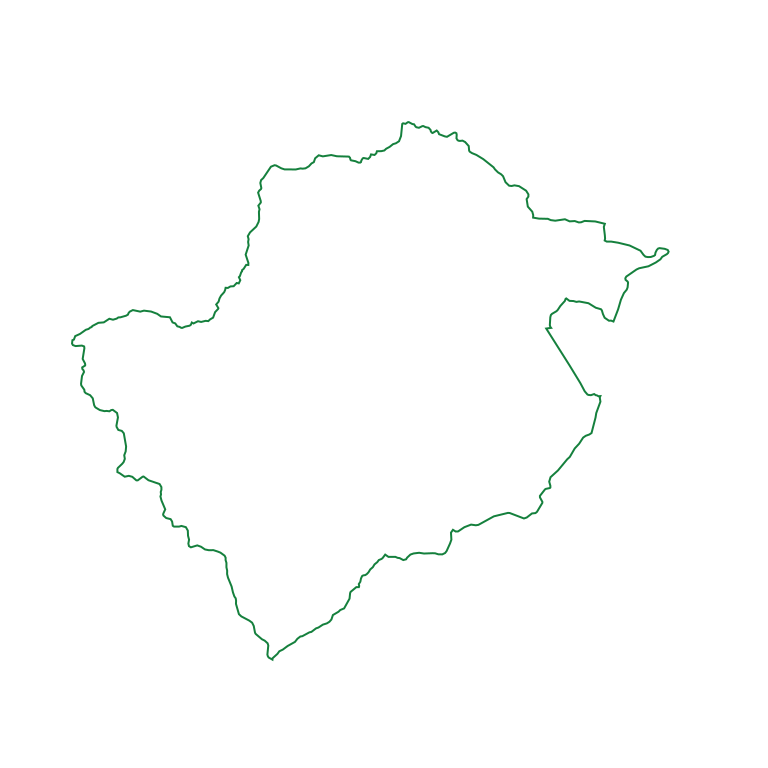 San Marcos, Cajamarca, Peru (Albers equal-area conic projection), rotated 171°
{"feature_id": "86281439B35879365662070", "entity_name": "San Marcos", "entity_type": "district", "adm_level": 2, "iso_a3": "PER", "parent_name": "Peru", "parent_adm1": "Cajamarca", "projection": "albers", "projection_center": [-78.029, -7.273], "detail": "fine", "context": "isolated", "style": "outline", "palette": "green", "viewbox_px": 768, "rotation_deg": 171, "n_neighbors": 0, "source": "geoboundaries", "source_scale": "gbopen_adm2", "svg_char_len": 6152}
<svg xmlns="http://www.w3.org/2000/svg" viewBox="0 0 768 768"><g transform="rotate(171 384 384)"><path d="M537.3,129.2L536.9,130.6L531.5,134.1L529.2,136.4L525.5,137.5L520.2,140.3L512.3,143.2L509.4,145.9L506.1,147.7L504.1,147.7L496.5,150.4L494.5,150.5L489.3,153.3L486.9,153.7L482.0,155.9L477.9,156.5L475.1,157.7L472.8,159.6L470.6,163.8L464.5,166.2L462.6,167.6L458.5,168.6L451.6,177.4L450.2,182.7L449.5,183.9L443.1,187.7L440.6,187.3L440.1,188.4L440.2,190.3L438.3,192.4L437.2,195.4L435.7,197.7L434.5,198.2L432.4,198.2L430.8,198.9L428.8,200.4L426.6,203.0L423.7,204.8L421.6,207.3L418.5,209.1L416.7,210.9L413.8,211.6L412.6,212.3L409.5,215.3L406.7,212.6L399.8,211.5L397.8,210.2L395.8,209.6L392.5,207.1L389.6,207.4L388.3,208.9L384.6,211.4L381.3,212.0L375.7,211.8L371.0,210.3L362.6,209.3L360.0,208.8L357.0,207.3L353.1,206.6L350.1,207.5L348.3,209.2L343.7,216.2L341.8,219.7L341.1,226.7L338.7,229.2L336.3,227.1L333.9,226.8L327.0,230.0L320.0,231.5L315.4,230.1L312.8,230.1L296.2,236.1L281.7,237.3L280.0,236.9L266.8,229.3L263.9,229.8L258.1,233.0L254.6,232.8L252.9,233.8L246.2,241.8L246.0,242.8L247.7,247.6L247.5,249.1L241.5,254.7L240.5,255.1L236.5,255.3L235.9,255.7L235.6,257.4L236.1,261.7L234.1,265.9L225.7,271.4L214.8,281.0L211.9,282.9L205.7,290.5L200.6,294.5L195.7,299.9L192.8,301.3L189.1,302.0L186.7,303.1L180.3,317.8L178.9,322.1L173.0,332.7L173.0,336.8L172.2,338.2L174.0,338.3L175.7,339.6L176.6,339.8L178.0,341.2L181.4,340.6L183.7,341.2L184.7,341.8L186.9,345.4L189.9,354.1L197.9,373.5L215.1,413.4L210.2,413.3L210.8,414.4L211.0,416.2L209.3,423.9L208.4,426.0L207.1,427.0L202.3,428.9L200.9,429.9L197.6,433.5L192.4,437.7L191.3,439.7L190.6,440.0L187.8,437.1L183.9,436.3L181.1,435.0L178.4,435.0L169.4,431.8L162.9,426.2L158.0,423.9L157.3,422.6L156.8,418.8L155.7,414.9L151.9,411.3L149.8,411.1L147.6,409.8L141.1,421.1L136.8,430.2L132.8,436.3L129.5,439.2L128.3,441.3L127.1,445.9L127.3,447.0L129.1,449.1L129.1,450.7L127.9,452.2L116.7,457.6L113.9,458.4L104.4,458.9L96.5,461.5L91.5,463.9L89.3,466.1L84.3,468.0L83.0,468.9L82.2,470.2L82.8,472.0L85.6,473.6L90.6,475.1L92.1,474.9L93.6,473.7L95.3,471.3L96.1,469.0L97.4,468.3L100.7,467.7L103.6,468.1L105.9,468.9L107.5,471.0L109.8,475.5L119.8,482.4L130.6,486.9L137.3,489.1L141.7,489.8L143.6,491.2L142.9,493.0L142.6,496.4L142.3,504.8L140.8,507.7L149.9,511.5L160.4,513.7L164.0,512.9L166.3,513.1L170.1,515.1L175.2,515.6L179.5,518.4L189.3,518.5L193.7,519.8L196.3,521.5L205.1,523.1L210.7,525.0L210.2,527.5L210.6,531.0L214.2,536.7L214.2,544.3L212.1,546.5L211.7,548.7L213.4,552.7L219.7,558.3L224.1,559.8L227.0,559.6L229.4,560.3L232.4,564.3L233.9,570.6L235.5,572.8L238.3,575.2L240.8,578.6L241.9,580.9L250.8,590.6L256.9,595.8L261.0,598.3L263.0,600.1L263.4,601.2L263.1,605.8L266.0,610.3L268.4,612.1L271.0,612.2L272.5,612.7L273.3,613.5L274.0,615.3L273.2,618.8L273.3,620.4L274.4,621.2L275.8,621.2L283.1,618.3L285.1,619.0L290.5,622.1L291.0,624.2L292.3,626.1L296.7,624.3L297.5,624.8L298.2,626.2L298.3,627.7L299.9,630.1L302.8,631.2L304.8,632.6L305.8,632.7L309.4,631.6L311.8,632.5L312.5,633.2L313.7,635.8L315.3,636.3L318.6,638.8L319.6,638.8L322.0,637.6L324.4,638.5L325.3,638.0L328.4,626.2L331.2,621.4L334.6,619.9L337.5,619.5L341.4,617.3L345.1,616.0L347.1,614.6L350.2,614.4L354.6,615.0L355.5,613.1L357.5,611.7L360.9,612.8L362.2,610.4L364.4,608.8L368.7,610.4L369.7,610.2L371.4,608.3L372.0,606.8L372.8,606.4L374.6,606.7L377.3,608.5L381.6,610.1L382.0,610.7L382.2,612.8L383.1,614.1L394.9,616.3L400.3,618.4L408.8,618.4L412.7,620.1L416.7,617.7L418.6,614.1L421.1,613.2L424.1,610.8L427.8,609.3L430.6,609.4L432.8,610.0L437.5,609.7L448.6,611.5L451.7,613.1L456.4,616.7L457.9,617.2L461.7,616.3L471.0,606.3L473.5,604.6L474.7,601.9L474.5,596.7L475.0,595.8L477.0,594.5L478.4,592.7L477.1,583.9L477.3,582.5L480.2,579.8L479.6,576.1L480.6,573.6L481.5,566.5L482.5,563.7L485.5,559.5L492.6,554.7L495.4,551.3L495.1,548.2L496.0,545.5L496.0,542.0L500.4,533.4L499.0,524.8L499.4,522.8L501.5,523.2L504.6,519.7L506.4,518.6L506.6,517.5L507.6,516.6L509.4,513.2L510.6,512.2L509.7,509.0L511.7,506.1L513.7,506.8L517.2,504.1L520.4,504.4L523.2,503.3L525.4,503.8L526.2,501.7L527.5,499.7L531.1,496.8L533.1,494.2L534.5,491.2L537.3,488.8L535.7,484.8L536.1,484.1L539.6,481.4L542.4,476.3L545.7,475.0L547.7,473.6L550.3,474.3L554.9,473.9L557.9,475.1L562.7,473.6L564.2,474.8L565.5,472.7L566.9,472.0L571.2,471.8L574.4,471.0L575.5,471.2L577.0,472.4L579.1,473.3L580.7,476.5L583.2,477.9L585.0,483.4L593.7,485.6L597.0,488.8L602.7,492.0L609.6,494.0L613.4,493.6L620.5,496.3L623.9,495.2L625.4,493.8L626.0,492.6L628.1,491.8L633.9,491.1L636.0,491.3L637.8,490.4L641.6,489.9L645.1,491.4L651.1,488.7L656.5,489.1L663.0,486.9L664.0,485.9L665.1,485.8L667.2,484.6L670.0,484.2L676.5,481.0L681.5,479.6L683.3,476.4L684.9,476.0L685.8,472.7L685.2,471.1L682.7,469.7L676.4,469.2L674.3,468.0L674.3,466.3L677.7,455.9L676.1,451.1L676.1,449.6L676.3,449.0L679.5,447.6L679.6,446.1L678.6,444.4L678.4,442.8L681.0,439.2L683.2,431.6L683.2,429.9L680.9,425.2L681.0,423.2L680.6,422.5L680.0,421.6L676.0,418.9L673.9,415.4L673.6,408.5L673.0,406.6L672.3,405.7L668.7,402.7L664.3,400.9L662.2,400.8L659.5,400.0L657.5,400.9L655.9,400.9L652.2,397.1L652.0,392.6L654.8,384.7L654.8,383.4L653.6,380.2L650.3,378.7L648.7,376.0L648.5,362.6L649.7,357.8L651.7,354.3L651.7,350.6L653.4,347.6L655.1,346.1L659.9,342.8L660.6,341.8L661.1,338.7L659.1,337.3L654.6,333.0L650.4,333.2L647.1,331.7L643.8,327.7L643.1,327.4L642.2,327.4L636.9,330.2L635.9,330.2L631.7,325.8L621.3,320.3L620.0,317.0L620.4,314.3L621.4,312.3L621.5,309.8L622.4,307.9L622.0,303.7L619.7,294.4L622.2,290.6L622.6,289.5L622.4,288.5L620.1,285.7L615.9,283.9L614.8,281.3L614.8,277.0L613.7,276.0L608.8,275.2L606.3,275.5L602.1,273.6L600.7,269.9L601.3,264.8L600.9,260.7L602.2,257.0L602.0,254.4L600.3,252.9L593.7,253.8L590.2,251.9L586.7,248.6L582.9,247.2L578.5,246.6L574.4,244.5L571.9,243.0L568.3,239.4L567.6,237.2L568.0,234.9L567.6,232.0L568.3,227.6L568.1,224.2L568.7,220.8L568.4,217.2L566.2,207.8L565.8,201.9L565.0,197.5L564.0,195.5L564.0,193.1L564.6,190.0L563.3,179.4L561.3,176.8L554.1,171.4L551.6,168.9L550.5,165.4L550.3,158.5L549.8,157.2L544.5,151.0L542.0,149.2L539.5,146.1L539.2,143.8L541.5,135.0L541.3,133.3L540.7,131.9L537.3,129.2Z" fill="none" stroke="#15803d" stroke-width="2"/></g></svg>